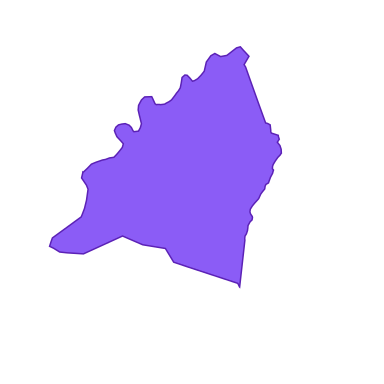 outline of Sharg Sennar, Sennar, Sudan, rotated 44°
{"feature_id": "16777658B19062452623819", "entity_name": "Sharg Sennar", "entity_type": "district", "adm_level": 2, "iso_a3": "SDN", "parent_name": "Sudan", "parent_adm1": "Sennar", "projection": "equal_earth", "projection_center": [33.793, 13.743], "detail": "fine", "context": "isolated", "style": "filled", "palette": "violet", "viewbox_px": 384, "rotation_deg": 44, "n_neighbors": 0, "source": "geoboundaries", "source_scale": "gbopen_adm2", "svg_char_len": 2184}
<svg xmlns="http://www.w3.org/2000/svg" viewBox="0 0 384 384"><g transform="rotate(44 192 192)"><path d="M292.3,227.3L263.5,189.9L262.3,188.9L260.8,187.0L260.2,184.3L258.7,181.2L257.3,179.3L255.6,177.2L254.5,173.1L254.6,170.4L253.3,168.4L252.3,167.7L249.4,167.1L247.5,166.1L245.9,163.9L245.1,160.2L244.8,156.6L244.6,150.5L242.9,145.8L242.5,142.9L242.2,139.3L240.6,137.1L239.9,135.2L240.7,132.4L239.3,129.3L238.2,126.8L237.0,122.6L235.8,120.5L235.4,119.6L233.7,119.4L232.2,117.7L231.3,115.8L230.4,112.0L229.7,107.6L229.7,107.0L229.7,104.0L229.6,103.8L229.5,103.2L229.4,102.7L229.3,102.1L229.2,102.1L229.2,101.9L226.4,99.3L223.0,97.5L218.8,96.9L218.1,93.4L215.6,92.1L214.7,91.3L208.1,94.5L206.7,93.9L205.9,93.0L201.6,89.4L199.3,90.0L198.3,90.4L197.0,91.2L178.0,81.9L156.2,71.1L143.8,64.9L142.2,64.5L141.0,64.2L138.7,54.8L131.9,54.4L130.9,54.4L129.9,54.3L125.9,54.0L123.9,57.4L122.2,69.5L118.5,74.7L112.2,76.5L110.9,80.9L112.0,88.5L116.9,96.6L117.4,101.9L117.4,104.4L117.4,106.6L116.4,110.2L115.4,112.0L111.1,111.5L107.4,111.4L105.6,112.8L105.3,116.5L108.7,121.3L111.2,125.2L112.0,128.8L112.2,131.8L112.5,133.4L112.8,135.6L113.3,140.0L112.7,143.2L112.2,144.6L111.7,146.1L111.3,147.8L108.7,151.0L107.6,151.8L106.2,153.2L105.6,154.0L104.0,154.2L103.1,153.8L100.3,152.7L98.5,152.0L96.8,151.4L94.4,153.9L93.7,154.6L91.9,156.5L91.7,160.9L92.5,163.8L93.4,166.8L96.3,170.4L101.2,173.6L103.5,175.0L104.7,175.8L108.2,178.0L110.2,181.7L111.2,185.4L108.3,189.0L106.9,188.9L105.8,188.5L103.6,187.7L100.4,187.6L98.7,188.3L96.5,189.2L94.3,191.9L92.5,194.8L92.2,198.2L93.5,201.7L96.3,203.1L97.5,203.5L98.3,203.9L99.7,204.4L105.6,204.7L109.1,205.0L110.9,208.3L111.3,211.9L111.6,215.8L111.7,217.7L111.7,221.3L109.0,224.8L108.0,226.9L107.2,228.6L105.3,231.3L103.9,234.1L102.8,236.2L102.3,237.2L100.3,241.8L100.3,247.9L100.0,253.8L99.9,253.8L100.0,253.9L102.8,258.6L111.3,260.4L115.3,262.2L121.9,271.3L126.1,278.5L128.8,284.8L129.6,286.9L123.5,322.0L125.2,325.8L127.3,330.0L131.5,328.6L138.5,327.1L144.3,322.6L156.9,311.9L172.6,271.9L179.9,269.2L193.2,264.2L212.1,251.1L227.6,255.2L241.9,248.4L288.4,225.9L290.6,226.7L292.2,227.3L292.3,227.3Z" fill="#8b5cf6" stroke="#5b21b6" stroke-width="1.5"/></g></svg>